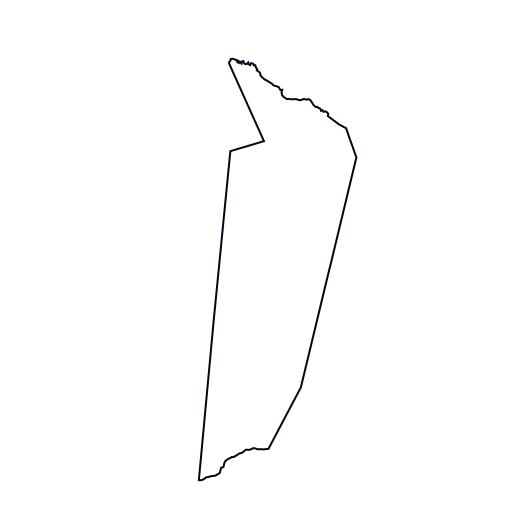 outline of Palmeira do Piauí, Piauí, Brazil, rotated 251°
{"feature_id": "56859067B43243919057401", "entity_name": "Palmeira do Piauí", "entity_type": "district", "adm_level": 2, "iso_a3": "BRA", "parent_name": "Brazil", "parent_adm1": "Piauí", "projection": "orthographic", "projection_center": [-44.367, -8.533], "detail": "fine", "context": "isolated", "style": "outline", "palette": "ink", "viewbox_px": 512, "rotation_deg": 251, "n_neighbors": 0, "source": "geoboundaries", "source_scale": "gbopen_adm2", "svg_char_len": 1661}
<svg xmlns="http://www.w3.org/2000/svg" viewBox="0 0 512 512"><g transform="rotate(251 256 256)"><path d="M267.7,222.0L208.1,194.7L62.7,129.0L61.8,131.4L62.0,134.1L62.9,136.5L62.7,138.2L62.5,140.0L62.5,141.6L62.0,143.8L61.5,146.2L62.0,147.9L62.2,149.5L62.8,151.2L65.4,152.9L67.2,154.2L67.0,156.4L68.3,157.3L69.8,158.2L71.7,159.6L72.6,161.6L73.2,163.8L73.3,165.8L73.8,167.6L73.1,169.5L73.6,171.0L73.9,173.3L74.7,175.9L74.5,178.5L75.0,180.4L75.9,182.4L76.0,184.2L75.2,185.6L74.8,187.4L75.1,189.3L75.1,191.3L74.2,192.8L72.8,194.4L72.4,195.8L71.7,197.8L70.8,199.8L70.2,202.5L69.6,205.0L117.1,255.6L216.7,319.2L222.8,323.2L316.5,383.0L330.4,382.9L331.8,382.9L334.2,382.8L347.5,382.8L353.3,377.4L364.9,369.5L367.0,370.6L368.6,370.0L370.1,368.9L370.4,366.7L372.3,366.3L372.1,364.8L374.4,364.7L375.7,363.2L377.1,362.5L377.4,361.0L378.6,360.3L380.5,359.4L383.5,358.8L385.7,358.1L387.2,356.7L387.5,354.5L388.3,353.4L389.0,351.9L388.8,350.1L388.9,348.5L389.7,347.0L391.4,344.9L392.2,341.5L394.0,337.8L394.3,336.3L397.4,333.9L399.4,333.1L400.9,333.1L402.8,333.6L404.6,334.9L405.1,333.1L408.2,332.5L409.6,331.0L411.0,328.9L411.9,327.9L413.7,327.2L415.0,326.1L418.2,323.5L420.3,321.5L423.3,319.8L425.7,319.0L427.8,319.5L430.0,318.2L431.3,317.2L432.6,318.0L434.1,317.3L436.6,317.4L437.0,316.0L438.6,316.0L440.0,314.1L438.4,312.5L440.0,311.4L441.5,311.6L440.5,309.7L441.1,308.1L443.0,307.2L444.4,307.5L444.5,305.6L442.8,304.9L444.3,304.2L445.5,303.4L444.2,302.6L445.5,301.4L447.3,301.9L448.5,300.2L450.1,298.2L450.5,296.2L449.1,295.5L448.4,294.2L447.1,293.2L362.0,300.9L363.5,265.9L306.8,239.9L271.8,223.9L267.7,222.0Z" fill="none" stroke="#020617" stroke-width="2"/></g></svg>